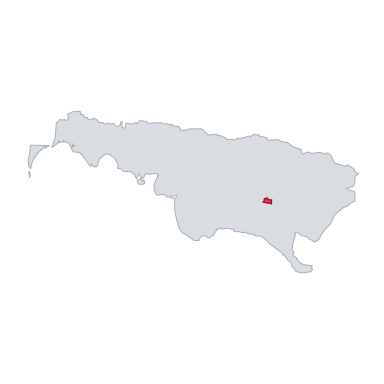 Rivadavia, Córdoba, Argentina shown in context, rotated 93°
{"feature_id": "61730980B21057051979490", "entity_name": "Rivadavia", "entity_type": "district", "adm_level": 2, "iso_a3": "ARG", "parent_name": "Argentina", "parent_adm1": "Córdoba", "projection": "equal_earth", "projection_center": [-62.507, -30.072], "detail": "fine", "context": "in_parent", "style": "filled", "palette": "rose", "viewbox_px": 384, "rotation_deg": 93, "n_neighbors": 0, "source": "geoboundaries", "source_scale": "gbopen_adm2", "svg_char_len": 4381}
<svg xmlns="http://www.w3.org/2000/svg" viewBox="0 0 384 384"><g transform="rotate(93 192 192)"><path d="M234.3,117.8L232.2,122.1L232.6,124.9L230.6,131.6L231.1,133.0L229.4,136.2L229.9,139.6L229.1,142.9L229.4,147.0L228.7,148.3L227.4,148.6L226.3,154.4L227.4,159.9L226.4,161.0L228.2,165.0L233.9,168.4L236.7,172.0L236.8,173.5L235.2,175.7L235.0,177.5L235.8,180.0L237.3,181.6L240.0,182.5L240.3,186.1L239.8,188.3L234.5,196.3L233.2,199.8L228.3,203.3L215.7,207.3L205.9,208.9L200.3,208.6L196.6,206.9L196.9,211.4L198.7,212.7L197.7,212.8L198.5,213.6L198.1,217.2L196.9,217.9L196.1,220.9L196.1,223.5L197.2,225.6L196.1,227.8L191.9,229.9L186.9,230.4L177.6,227.0L178.0,226.4L177.5,226.2L176.0,226.9L175.4,229.9L176.4,234.4L176.2,238.3L176.8,239.6L180.1,241.1L179.9,242.7L181.0,242.9L183.4,242.5L183.7,241.2L182.4,240.8L185.6,239.7L186.9,241.4L187.0,245.4L186.5,246.5L183.9,247.2L183.2,247.0L181.7,244.2L180.5,243.6L176.9,245.1L176.5,246.0L181.8,248.1L178.0,250.2L175.0,253.9L175.0,260.7L174.3,262.6L172.2,264.3L171.9,265.6L172.6,266.3L172.3,267.6L168.3,267.2L165.5,269.3L162.9,270.0L158.3,277.5L159.1,281.1L164.5,286.4L171.2,287.8L172.0,289.5L171.8,291.6L171.0,292.8L168.6,293.9L170.7,293.9L171.6,295.0L160.0,304.2L158.6,306.9L158.1,312.4L157.2,313.5L154.8,314.6L153.1,313.5L151.8,311.5L151.9,313.1L149.7,313.7L152.4,313.8L153.7,315.1L150.1,317.1L149.1,318.9L148.8,321.4L147.4,322.8L148.5,322.5L149.7,327.4L146.9,327.7L150.4,328.6L154.6,334.0L154.3,334.5L154.1,333.9L143.6,331.4L129.7,331.1L129.8,330.3L126.4,327.4L127.0,325.2L126.4,323.4L127.0,321.8L126.4,319.8L125.2,319.1L120.8,320.3L117.9,314.8L117.9,311.8L117.1,309.9L117.7,307.5L120.0,307.4L120.5,304.8L123.4,302.8L123.3,300.3L125.0,298.9L125.4,297.6L123.6,294.4L124.6,290.9L127.6,288.2L127.2,284.7L128.8,283.1L127.3,278.5L129.0,276.5L128.0,275.5L127.9,273.0L129.7,272.4L130.6,269.7L128.8,267.3L125.5,266.6L125.2,265.4L131.1,265.3L131.8,263.3L131.3,262.2L126.8,261.7L126.7,259.0L127.6,257.3L126.7,255.6L127.0,254.1L125.7,251.7L126.8,250.7L123.7,248.3L123.6,244.3L124.2,243.3L123.7,241.1L126.2,239.1L124.9,235.2L124.8,227.8L124.3,225.8L125.8,222.7L124.9,220.7L126.0,219.1L125.4,215.3L126.8,215.0L127.5,208.3L130.9,206.3L131.5,205.0L128.8,196.5L129.0,193.3L128.4,191.8L129.0,189.9L128.3,187.2L129.2,183.9L131.6,182.6L131.7,181.4L134.1,179.2L133.8,173.6L132.7,170.8L133.9,169.8L134.6,165.5L136.3,161.0L137.8,160.2L137.3,155.1L137.8,150.4L135.7,149.6L136.1,146.3L135.3,145.4L134.8,141.9L133.3,138.8L133.2,137.4L134.0,136.5L132.4,135.3L131.2,132.4L131.4,129.8L131.6,128.0L133.3,126.7L132.9,125.4L134.2,119.9L135.9,119.6L136.7,117.7L135.8,116.6L135.9,113.3L135.0,108.6L136.6,106.2L137.8,98.8L141.5,93.6L144.0,85.3L146.1,85.1L148.2,83.3L145.9,77.9L147.3,74.4L145.7,67.2L146.1,64.4L147.4,62.9L145.9,60.1L146.3,57.8L148.3,55.2L155.6,51.3L158.3,40.0L156.7,38.0L160.6,31.3L163.5,30.2L164.7,26.7L168.4,30.0L174.8,30.1L178.0,31.4L180.3,38.0L183.6,29.2L192.5,28.9L194.3,32.1L197.7,35.7L200.0,40.6L207.3,48.3L216.6,52.0L222.4,57.1L229.0,61.4L232.3,62.4L234.8,65.4L235.4,67.7L233.9,69.5L232.7,72.8L230.9,74.7L230.2,76.9L230.2,79.6L226.7,85.0L226.8,87.0L230.3,86.6L238.8,88.7L242.9,88.7L244.2,89.6L246.5,87.1L250.1,88.1L252.5,83.7L254.9,82.9L257.5,79.8L258.8,76.1L259.4,68.1L260.8,68.7L263.2,67.6L265.3,69.2L266.9,75.9L266.4,82.3L265.3,84.9L262.7,86.3L261.3,88.2L257.2,89.5L254.9,93.0L249.8,96.6L250.1,98.5L248.5,98.4L239.8,111.5L234.3,117.8ZM153.7,355.8L153.1,337.0L155.9,340.7L154.6,340.5L154.3,342.3L156.5,342.7L157.7,344.9L162.7,349.0L170.0,353.1L177.2,354.3L175.3,356.3L168.3,357.3L164.1,356.2L153.7,355.8ZM180.1,355.5L182.2,354.8L186.4,354.7L180.9,356.2L180.1,355.5ZM199.8,210.3L199.7,211.2L198.4,209.8L199.8,210.3Z" fill="#d9dde1" stroke="#a8b0b8" stroke-width="1"/><path d="M198.3,120.9L198.6,118.0L198.7,117.7L198.8,116.9L198.9,116.0L199.0,115.0L199.1,114.0L199.2,113.7L199.2,113.4L199.3,112.8L199.3,112.4L199.4,112.2L199.2,112.2L195.8,112.2L195.8,113.7L195.8,114.4L195.8,115.3L195.7,115.3L195.7,115.5L195.1,115.9L194.8,116.1L194.5,116.3L194.4,116.4L194.5,116.4L194.6,116.5L194.7,116.4L194.9,116.5L194.8,116.8L194.8,117.0L194.7,117.2L194.7,117.3L194.6,117.5L194.6,117.8L194.5,118.0L194.6,118.3L194.6,118.5L194.7,118.8L194.8,118.8L194.9,119.0L195.0,119.0L195.1,119.3L196.7,119.5L197.1,119.5L197.3,119.5L197.9,119.5L198.0,119.7L198.0,119.9L198.1,120.1L198.1,120.4L198.2,120.5L198.3,120.9Z" fill="#f43f5e" stroke="#9f1239" stroke-width="1.5"/></g></svg>